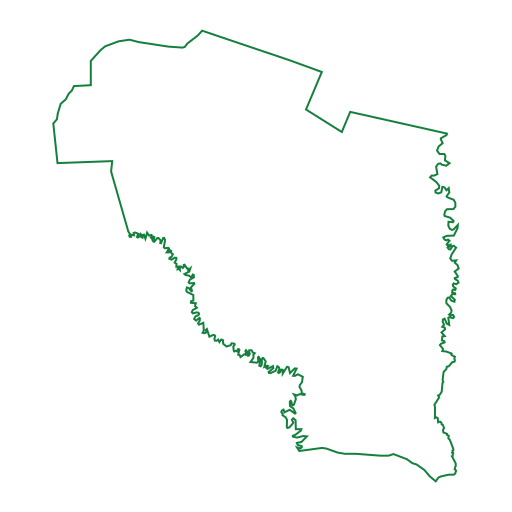 the district of Preah Netr Preah, Bântéay Méanchey, Cambodia
{"feature_id": "14789045B34870424787449", "entity_name": "Preah Netr Preah", "entity_type": "district", "adm_level": 2, "iso_a3": "KHM", "parent_name": "Cambodia", "parent_adm1": "Bântéay Méanchey", "projection": "natural_earth1", "projection_center": [103.28, 13.553], "detail": "fine", "context": "isolated", "style": "outline", "palette": "green", "viewbox_px": 512, "rotation_deg": 0, "n_neighbors": 0, "source": "geoboundaries", "source_scale": "gbopen_adm2", "svg_char_len": 6097}
<svg xmlns="http://www.w3.org/2000/svg" viewBox="0 0 512 512"><path d="M299.3,451.0L322.2,447.9L326.5,448.6L337.7,452.6L344.8,453.8L356.0,453.8L380.7,455.7L388.4,455.7L393.5,454.1L406.9,459.2L412.2,463.1L416.6,464.5L424.3,469.9L429.5,476.1L435.7,481.3L438.5,477.5L440.7,476.5L448.6,474.7L453.8,474.7L455.2,473.5L456.1,470.6L454.6,469.1L455.8,465.5L455.6,463.2L452.0,456.4L452.6,456.3L452.8,454.2L452.3,452.9L453.1,452.8L452.4,450.9L453.4,450.1L453.1,448.3L449.9,440.0L448.3,438.2L448.8,435.9L447.2,435.1L447.1,433.9L443.4,432.4L443.0,429.9L444.1,428.0L442.7,424.8L441.6,424.3L441.4,422.6L440.0,421.6L438.1,422.3L437.8,418.2L436.4,417.3L434.9,418.0L435.0,407.2L434.4,404.8L439.2,397.3L438.1,395.5L439.7,394.8L441.7,391.7L442.5,383.0L443.3,382.0L442.6,380.0L443.6,371.9L446.4,369.0L446.8,366.7L448.8,366.3L452.2,362.2L454.5,361.7L454.9,360.1L454.3,358.6L454.9,356.7L451.8,355.2L451.2,354.5L451.6,353.5L446.1,351.5L442.3,351.1L443.0,348.9L439.9,345.1L440.9,343.8L444.6,342.4L444.2,341.1L441.9,340.4L442.3,336.5L444.7,336.1L441.5,332.5L445.0,329.4L444.7,327.6L442.3,326.8L444.1,324.8L442.7,321.8L442.9,319.5L444.6,318.7L446.7,323.5L449.2,324.9L448.3,317.7L449.5,317.1L453.0,318.2L454.1,317.0L453.0,314.9L450.4,315.4L449.1,314.6L451.2,312.6L451.6,310.4L450.0,306.9L446.4,303.3L446.3,300.0L447.7,297.7L449.2,297.5L451.2,300.5L454.4,301.7L454.8,299.6L450.8,296.1L452.3,294.1L455.2,294.2L455.1,293.3L452.2,292.4L452.3,290.4L453.3,289.4L455.0,290.1L455.7,289.2L455.7,288.3L453.2,286.4L452.8,284.7L453.7,283.4L456.2,284.2L458.5,282.7L457.7,280.6L455.0,279.1L454.7,278.1L457.7,277.0L457.8,276.1L454.7,271.5L458.7,268.5L457.5,265.1L454.7,262.6L456.2,260.4L452.0,260.8L450.2,258.4L451.7,254.3L456.1,247.6L453.6,245.7L452.5,246.1L450.4,249.5L448.8,249.2L447.7,247.6L450.7,246.0L450.7,244.6L447.5,245.5L446.7,244.4L449.5,240.7L448.0,239.6L446.3,240.4L444.5,239.5L443.3,237.4L446.9,235.8L453.8,235.6L457.5,228.3L457.8,225.0L453.5,229.5L452.1,229.9L449.8,228.8L448.3,225.7L448.5,221.8L453.0,222.2L453.6,221.0L450.2,217.7L444.7,216.0L444.3,215.1L445.0,211.4L447.0,209.2L453.4,209.1L455.4,206.7L455.3,202.6L453.7,199.8L447.2,197.2L446.6,196.2L449.3,192.5L448.7,188.1L446.5,190.3L444.5,187.4L442.4,186.8L441.3,192.3L438.3,193.5L435.5,192.4L435.4,190.5L439.1,188.2L439.2,185.7L436.3,182.0L430.1,177.3L431.8,175.5L433.9,175.7L437.4,174.1L436.1,166.7L438.2,163.8L440.4,163.4L441.8,164.7L446.3,165.7L449.5,163.2L444.9,160.3L445.4,155.9L444.3,154.0L439.5,154.0L437.0,150.5L438.7,146.4L442.6,143.2L440.7,138.9L441.0,138.2L446.5,135.1L447.0,133.6L350.2,111.9L341.8,132.0L306.0,109.5L321.8,72.0L289.1,60.1L202.1,30.7L197.9,35.4L187.4,43.5L184.7,47.0L182.3,47.6L168.3,46.6L138.8,42.1L129.5,39.7L118.7,41.3L105.2,46.3L100.6,50.1L90.8,60.9L90.8,85.2L73.9,86.1L71.9,90.5L68.7,93.7L65.8,99.3L60.7,103.8L57.8,113.3L56.9,119.3L53.3,123.5L57.5,163.1L112.2,161.1L111.1,171.5L128.3,231.5L130.0,234.0L129.2,235.5L129.7,236.9L131.1,236.9L131.5,234.8L134.1,235.3L133.6,233.0L135.0,232.5L138.2,233.7L137.0,237.0L137.5,237.5L138.6,237.3L140.5,233.9L141.8,235.2L141.0,235.8L141.1,236.9L142.5,237.7L142.7,235.0L143.9,234.6L145.4,238.8L147.1,232.6L149.0,235.6L151.5,234.9L151.8,236.0L150.8,237.5L152.0,238.8L153.5,236.6L154.4,237.1L153.8,239.4L152.6,240.3L153.4,241.6L154.3,241.8L157.4,238.0L158.5,238.0L160.6,240.4L160.3,243.1L161.0,243.2L163.3,237.9L164.0,237.9L165.1,240.0L163.8,247.3L164.9,248.3L168.2,247.8L169.0,248.5L166.7,252.4L168.8,252.4L169.8,250.2L171.2,250.9L170.8,252.5L172.9,254.2L171.5,256.9L169.7,257.6L169.3,258.7L171.6,259.7L174.7,257.7L176.3,257.8L176.4,259.3L174.6,262.6L176.5,263.8L176.3,266.7L178.0,266.6L177.6,269.1L178.5,268.6L179.9,270.1L179.8,266.5L180.9,266.4L182.8,268.0L183.7,267.0L183.7,265.0L184.6,264.7L187.0,268.5L187.8,268.4L188.2,270.3L190.3,268.4L189.3,271.6L184.4,274.0L185.5,275.0L188.9,275.6L191.2,277.4L192.9,274.5L193.7,274.8L193.9,277.4L189.8,279.7L188.6,282.5L189.8,283.4L194.0,283.0L194.3,283.9L190.9,287.4L192.0,290.9L191.3,291.3L188.7,288.0L186.9,287.5L186.2,290.6L187.1,292.0L193.3,295.0L193.4,300.5L191.1,301.2L190.9,302.8L195.8,303.2L195.0,306.0L196.9,307.8L192.8,310.0L191.8,312.1L192.8,313.4L196.4,312.4L198.4,312.7L199.1,313.7L198.4,315.2L195.6,316.3L194.1,318.9L196.1,320.6L199.4,317.9L199.9,318.4L199.7,320.7L198.0,323.4L199.0,324.7L203.3,322.8L203.8,330.5L202.6,332.8L204.5,333.2L206.5,332.3L205.8,330.0L206.9,329.0L209.4,336.7L213.3,334.9L214.6,335.2L215.2,336.0L214.4,338.8L214.8,340.6L216.7,340.7L218.2,339.6L219.4,342.1L221.2,339.5L223.1,340.3L223.1,343.7L226.5,346.5L230.7,345.2L231.6,343.3L234.4,343.7L234.7,344.6L233.3,346.5L233.7,350.6L234.3,351.5L235.4,350.8L237.1,351.4L237.8,349.2L238.8,349.1L239.4,349.7L238.2,354.7L239.7,355.1L240.5,357.1L244.3,354.2L246.0,354.9L246.5,354.3L245.4,351.1L246.0,350.2L247.8,352.4L248.1,355.8L248.7,355.7L249.8,353.8L248.9,351.6L249.2,350.3L251.5,350.2L252.8,352.6L254.7,353.2L253.5,354.7L253.4,357.9L250.5,362.0L256.9,362.7L258.3,361.5L258.0,357.3L258.6,356.8L260.2,359.3L259.3,365.8L260.7,366.3L261.8,364.6L261.9,359.2L262.6,358.0L263.4,358.1L265.7,361.4L264.3,366.9L267.1,365.6L268.0,366.0L266.3,367.9L267.5,368.9L273.0,366.1L273.3,368.2L268.6,371.9L268.9,372.9L270.4,373.1L275.6,370.8L277.4,366.2L278.8,367.2L279.4,368.8L278.0,372.4L278.8,373.0L280.1,372.2L281.2,369.7L282.0,369.6L282.7,369.9L282.7,373.7L287.0,366.8L288.6,367.2L290.0,373.1L294.7,368.4L296.6,368.6L293.1,375.8L294.8,375.9L297.9,374.3L302.8,376.8L302.0,382.1L299.7,385.3L299.5,386.9L301.6,390.6L301.6,393.1L304.7,394.2L304.4,394.9L299.4,394.2L297.1,395.4L294.0,394.4L295.4,396.5L295.8,399.4L293.9,404.6L292.8,405.3L292.1,404.9L291.2,401.2L290.5,400.8L289.8,401.8L290.0,406.0L293.4,408.5L295.6,413.1L295.0,413.6L289.7,409.8L284.5,412.3L283.5,409.6L281.9,410.5L281.3,412.1L282.7,413.7L282.5,415.2L285.7,417.3L287.0,419.9L286.8,427.0L287.4,428.0L289.5,427.3L292.9,423.4L293.3,422.5L291.9,419.8L293.3,418.3L295.6,420.2L295.8,429.2L301.4,429.2L300.8,430.7L295.5,434.7L292.8,435.8L292.8,436.6L297.0,437.6L303.3,436.0L306.9,436.4L301.4,442.0L296.9,442.9L297.7,445.0L301.6,446.0L301.9,446.9L300.5,448.4L297.0,447.4L299.3,451.0Z" fill="none" stroke="#15803d" stroke-width="2"/></svg>